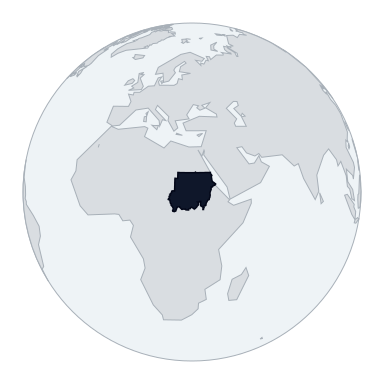 globe centered on Sudan
{"feature_id": "SDN", "entity_name": "Sudan", "entity_type": "country or territory", "adm_level": 0, "iso_a3": "SDN", "parent_name": "Africa", "parent_adm1": "", "projection": "orthographic", "projection_center": [30.131, 15.434], "detail": "fine", "context": "on_globe", "style": "filled", "palette": "ink", "viewbox_px": 384, "rotation_deg": 0, "n_neighbors": 0, "source": "natural_earth", "source_scale": "50m", "svg_char_len": 12848}
<svg xmlns="http://www.w3.org/2000/svg" viewBox="0 0 384 384"><circle cx="192" cy="192" r="169" fill="#eef3f6" stroke="#a8b0b8"/><path d="M145.1,29.7L143.9,30.0L143.2,30.3L139.4,31.5L142.2,30.8L145.8,29.7L148.2,29.2L148.2,29.4L143.3,30.8L142.6,30.9L141.1,31.4L138.7,32.1L139.8,31.9L133.9,33.8L139.6,32.4L134.7,34.3L130.9,35.5L131.5,34.8L126.3,36.4L145.1,29.7ZM104.2,47.6L102.7,48.6L100.1,50.2L104.2,47.6ZM93.0,55.0L92.6,55.4L94.7,53.9L100.2,50.3L102.7,49.0L109.1,45.2L111.1,44.4L117.5,41.2L116.1,42.6L111.4,45.8L106.0,48.7L103.8,50.4L108.7,48.6L98.4,55.6L91.2,63.4L88.6,65.4L83.9,66.7L84.6,63.5L78.6,67.2L82.1,66.0L75.5,71.9L74.3,73.6L74.4,74.2L76.8,72.5L74.5,75.0L70.1,76.7L72.1,74.4L73.5,73.7L73.8,72.5L70.8,74.6L67.7,77.9L66.8,78.5L79.3,66.1L93.0,55.0ZM26.2,159.5L26.1,160.2L25.7,161.9L24.1,177.2L25.4,186.7L25.6,194.8L25.2,198.5L26.3,201.4L26.3,204.3L33.3,215.4L39.1,226.2L40.4,236.1L38.5,244.6L43.7,266.4L42.2,269.2L46.5,277.7L48.5,281.3L42.3,270.2L36.8,258.8L32.2,247.0L28.6,234.8L25.8,222.5L24.0,209.9L23.1,197.3L23.2,184.6L24.2,172.0L26.2,159.5ZM117.7,40.8L117.6,41.0L116.5,41.5L117.7,40.8ZM120.7,39.3L119.5,39.7L120.7,39.1L121.4,38.9L120.7,39.3ZM121.8,39.1L123.0,38.0L125.1,37.0L129.6,35.4L121.8,39.1ZM147.0,29.3L143.1,30.5L146.4,29.4L147.0,29.3ZM164.8,25.3L164.4,25.4L160.2,26.2L156.6,26.8L159.2,26.5L148.5,28.8L151.7,27.9L164.8,25.3ZM149.5,28.9L150.3,28.5L155.3,27.4L154.5,28.0L153.1,28.1L149.5,28.9ZM171.0,24.3L172.7,24.2L164.9,25.3L165.9,25.1L171.0,24.3ZM152.0,28.5L154.0,28.4L151.6,29.2L149.0,29.2L152.0,28.5ZM156.9,26.9L159.2,26.5L157.7,26.9L156.9,26.9ZM144.1,32.7L145.0,31.9L147.7,31.2L144.1,32.7ZM154.9,28.3L155.7,28.0L156.9,27.7L157.7,27.8L154.9,28.3ZM165.8,25.3L165.3,25.5L169.1,24.8L169.6,25.0L164.3,25.8L166.9,25.5L167.0,25.6L162.5,26.2L165.8,25.3ZM162.0,27.2L155.4,28.8L153.1,30.1L150.7,30.7L154.8,28.5L162.0,27.2ZM162.7,26.5L161.7,27.0L159.1,27.4L158.2,27.2L162.7,26.5ZM172.0,24.9L172.4,24.4L173.6,24.3L172.0,24.9ZM161.8,27.5L163.4,27.1L162.0,27.5L161.8,27.5ZM169.4,25.5L169.4,25.3L170.7,25.2L169.4,25.5ZM166.6,26.8L164.4,27.2L163.8,27.0L166.6,26.8ZM168.3,26.1L170.1,26.0L164.8,26.7L168.1,26.0L168.3,26.1ZM170.6,25.4L171.4,25.3L170.4,25.6L170.6,25.4ZM170.4,27.3L163.9,28.3L162.4,27.8L168.9,26.9L170.4,27.3ZM268.5,41.4L272.6,43.6L286.2,52.3L285.0,51.0L288.0,53.0L306.1,67.4L320.8,83.4L325.5,88.6L328.6,92.7L330.6,95.9L326.2,90.0L324.5,88.7L321.7,85.2L323.5,89.2L319.6,84.4L322.8,90.3L326.1,93.7L326.0,91.6L330.5,99.4L335.7,105.3L340.8,113.9L347.4,132.0L347.2,139.4L348.2,142.5L345.8,140.1L346.1,147.4L353.4,162.4L354.5,167.4L353.4,179.1L352.7,175.5L346.4,169.2L347.8,181.7L352.7,189.5L354.5,200.6L351.8,198.6L349.7,189.0L347.4,186.4L346.2,175.7L340.8,161.4L338.0,165.9L336.5,159.7L328.6,148.9L323.6,155.2L316.8,175.1L318.8,191.3L315.2,199.6L303.6,178.5L298.3,163.6L294.2,166.0L282.2,154.8L261.7,157.3L258.8,153.5L254.9,156.0L246.5,152.9L241.9,146.7L236.8,147.7L249.0,163.9L254.4,163.0L258.9,155.7L261.3,161.8L269.4,166.3L260.6,182.6L230.1,199.1L227.1,187.0L203.7,154.9L204.4,151.2L204.3,150.8L204.0,150.1L201.9,156.2L197.9,149.9L210.4,172.4L212.5,182.3L229.6,199.8L228.0,201.8L233.6,205.3L251.2,199.1L251.3,203.2L243.0,222.8L218.6,249.5L221.8,265.9L220.1,279.7L204.9,289.3L206.3,299.4L198.5,303.2L198.1,308.8L191.8,314.7L181.4,320.1L163.5,319.8L162.3,314.9L153.3,304.9L140.7,279.6L145.1,268.1L143.4,258.8L130.5,237.0L133.4,225.4L129.9,220.1L122.8,220.8L118.9,214.4L114.6,213.9L88.0,214.9L80.1,205.8L71.0,179.8L75.9,170.9L77.1,159.7L111.3,126.3L118.2,129.3L144.7,126.6L147.9,128.2L144.5,136.6L164.0,148.0L170.8,141.0L188.9,147.0L201.2,146.7L206.2,130.7L186.1,130.8L183.0,123.1L199.4,116.3L217.0,117.0L216.4,114.1L205.6,107.8L209.9,102.5L201.8,105.3L204.9,108.2L199.9,110.2L196.8,107.8L198.5,105.8L193.3,104.6L186.7,114.9L189.1,118.9L175.2,120.8L177.8,127.9L173.9,131.2L168.0,120.5L168.8,116.6L157.5,105.4L155.4,109.5L165.9,120.6L162.5,119.7L159.7,126.1L159.1,120.5L148.2,108.1L135.9,110.0L119.6,125.2L112.6,126.0L106.9,122.2L113.4,106.2L128.5,106.4L131.0,101.5L128.5,94.1L133.3,95.0L134.1,92.3L139.8,92.3L148.4,86.2L154.4,85.8L158.2,77.9L161.8,76.9L158.5,81.7L159.4,85.2L174.1,85.3L177.1,83.6L178.5,78.7L182.4,79.7L181.8,75.0L190.5,73.4L179.3,71.7L180.6,66.7L186.1,63.1L184.5,61.4L175.5,67.3L173.8,70.1L175.4,72.8L168.8,81.1L163.6,82.4L163.0,73.2L155.5,74.3L158.3,67.4L180.9,54.4L190.1,52.3L204.3,58.5L201.9,61.3L195.6,60.3L200.9,65.5L200.7,63.0L203.9,64.1L206.0,60.2L208.4,60.8L206.2,56.4L209.4,56.7L210.7,59.6L216.4,55.0L223.1,55.1L223.2,53.9L221.5,52.5L231.1,54.0L230.8,53.1L227.5,52.1L224.7,49.7L223.6,46.3L227.0,47.0L227.8,48.3L234.8,52.6L236.7,56.4L237.9,56.5L237.2,53.3L228.6,48.1L227.0,45.9L231.4,47.9L229.7,47.0L229.9,46.1L233.3,46.1L228.6,43.8L226.6,35.5L233.1,35.2L237.3,37.6L239.5,34.3L246.6,35.3L243.5,34.3L242.5,32.7L240.3,32.3L238.7,31.8L235.1,28.9L236.9,29.2L233.9,28.3L245.8,31.8L257.3,36.2L268.5,41.4ZM99.3,144.1L98.2,147.4L99.3,144.1ZM235.7,126.3L246.3,126.3L241.5,116.8L245.1,116.1L242.2,113.3L241.1,116.1L233.8,108.5L238.3,105.5L237.0,101.5L233.4,101.4L226.3,108.3L236.7,118.9L234.3,123.1L235.7,126.3ZM26.1,160.2L25.7,162.6L25.8,161.9L26.1,160.2ZM75.8,71.8L76.1,71.7L75.7,72.8L74.7,73.3L75.8,71.8ZM80.7,73.1L76.8,77.2L78.9,74.4L76.9,75.5L78.7,71.4L87.4,66.3L83.1,69.1L80.7,73.1ZM83.6,65.1L81.4,67.9L83.5,65.1L83.6,65.1ZM132.9,78.7L134.7,80.5L132.2,83.4L124.7,85.2L128.2,80.8L132.9,78.7ZM137.8,82.4L139.2,73.5L143.9,72.5L141.0,74.5L144.0,74.7L140.2,78.1L143.3,86.3L141.3,89.6L128.5,90.3L133.8,88.0L131.7,86.2L137.8,82.4ZM134.5,57.1L135.2,54.5L144.6,55.5L142.9,57.9L135.3,59.5L132.8,57.6L134.5,57.1ZM129.5,37.0L129.2,36.8L130.5,36.3L131.9,36.1L129.5,37.0ZM144.3,32.3L132.4,37.8L131.4,37.7L125.6,41.6L120.8,43.1L124.7,40.3L116.6,44.7L118.2,42.9L113.0,46.0L122.2,39.8L123.3,38.7L123.9,39.3L128.4,37.9L130.6,37.0L137.8,33.8L142.4,31.3L147.5,30.0L149.9,29.7L149.6,30.1L146.4,30.7L148.3,30.8L143.4,32.1L144.3,32.3ZM175.4,34.0L171.7,33.5L174.8,36.0L169.9,36.4L170.5,36.7L166.8,37.9L163.5,40.0L161.3,40.0L160.9,40.9L158.5,41.8L157.2,43.1L152.9,43.6L151.0,45.3L150.0,44.7L148.0,47.5L147.6,45.7L144.3,47.1L146.5,48.1L126.1,50.3L117.9,53.3L111.2,57.2L111.4,54.2L117.7,48.9L126.8,43.7L134.7,41.4L133.4,40.8L136.8,39.6L136.4,40.6L139.0,38.4L141.6,37.8L149.8,34.6L151.8,32.3L154.8,31.3L155.3,31.9L158.0,30.5L161.1,31.1L163.3,30.5L168.6,30.7L168.4,32.6L170.9,31.8L175.0,32.2L175.4,34.0ZM171.7,27.4L172.6,29.1L170.3,30.3L162.1,29.5L159.6,30.0L154.2,30.1L157.6,28.5L158.9,28.5L160.8,28.3L159.0,28.9L162.0,28.2L163.7,28.4L166.5,28.0L166.0,28.6L171.7,27.4ZM151.9,125.2L154.4,125.6L158.5,125.4L156.8,129.7L151.9,125.2ZM144.3,116.8L146.6,116.3L146.2,121.8L143.6,121.5L144.3,116.8ZM148.2,111.7L146.8,115.9L146.0,113.4L148.2,111.7ZM160.7,81.2L163.3,80.7L163.4,81.8L161.8,83.6L160.7,81.2ZM183.3,43.4L181.6,42.5L182.4,42.1L181.8,39.4L185.4,39.1L187.2,40.7L183.3,43.4ZM202.6,133.4L198.9,136.6L197.1,135.1L198.8,134.3L202.6,133.4ZM176.6,133.2L182.4,135.3L176.1,134.4L176.6,133.2ZM187.1,42.7L186.4,41.6L188.7,42.2L187.1,42.7ZM188.0,38.9L190.6,39.3L185.7,38.8L188.0,38.9ZM262.0,337.4L262.4,338.5L260.1,339.0L262.0,337.4ZM248.7,275.5L236.7,299.7L228.8,300.4L227.6,293.7L232.1,279.3L241.4,274.5L246.0,267.5L248.7,275.5ZM358.8,219.1L358.6,220.2L358.9,218.3L358.9,218.0L358.8,219.1ZM358.7,219.1L355.8,223.2L354.2,222.8L355.0,219.6L357.6,217.6L358.7,219.1ZM354.9,219.7L351.8,214.4L344.6,195.2L347.3,194.3L354.2,204.3L353.8,206.9L355.7,211.6L354.9,219.7ZM360.6,199.0L360.1,206.5L359.0,208.2L358.2,208.1L357.8,199.5L358.0,194.5L358.8,193.7L359.5,174.7L360.2,177.4L360.5,185.0L360.9,190.3L360.6,199.0ZM319.6,192.7L323.4,201.4L321.1,203.7L319.6,192.7ZM358.1,162.5L358.9,170.6L357.6,160.4L358.1,162.5ZM356.3,153.4L357.1,156.7L356.3,153.9L356.3,153.4ZM349.7,147.1L349.0,148.8L348.2,146.4L348.6,142.9L349.7,147.1ZM344.7,121.4L347.7,128.2L348.7,130.6L346.9,126.9L344.7,121.4ZM216.8,42.2L213.7,45.9L213.9,49.1L217.7,51.4L211.0,50.0L210.7,45.1L216.8,42.2ZM225.1,36.1L221.7,34.5L224.0,34.5L225.1,34.9L225.1,36.1ZM222.5,35.6L216.8,35.1L215.4,33.8L220.2,34.4L222.5,35.6ZM202.0,38.0L200.8,39.0L199.0,38.4L202.0,38.0ZM360.5,204.1L360.7,201.0L361.0,191.8L360.9,189.9L361.0,191.3L360.5,204.1ZM359.5,169.8L359.5,170.2L359.5,169.5L359.5,169.8ZM358.3,161.9L358.4,162.8L358.0,160.8L358.3,161.9ZM358.1,161.0L357.3,157.1L358.1,161.0ZM356.5,153.5L356.0,152.6L352.2,139.9L352.1,138.8L355.1,148.5L356.4,153.0L356.5,153.5ZM333.0,98.9L331.4,96.5L328.9,93.0L333.0,98.9ZM286.4,51.9L285.9,51.5L282.9,49.6L283.1,49.7L286.4,51.9ZM237.5,31.6L235.6,30.9L236.8,30.9L237.5,31.6ZM230.9,29.1L230.9,29.5L229.4,28.7L230.9,29.1ZM231.1,30.7L230.2,29.5L233.1,31.2L231.1,30.7Z" fill="#d9dde1" stroke="#a8b0b8" stroke-width="1"/><path d="M203.5,209.5L202.9,209.5L202.9,209.4L202.9,209.2L202.9,208.7L203.1,208.4L203.1,208.2L203.1,207.9L203.1,207.7L203.0,207.4L202.9,207.3L201.6,206.3L201.4,206.0L200.7,205.8L200.7,205.7L200.8,205.5L200.8,205.4L200.5,203.3L200.5,203.2L200.7,202.6L200.7,202.2L200.8,201.7L200.8,201.4L199.5,201.4L199.5,201.5L199.4,201.6L199.5,201.7L199.5,201.8L199.5,202.0L197.6,202.1L198.4,202.9L198.4,203.0L198.4,203.3L198.4,203.8L198.4,204.1L198.4,204.3L198.6,204.7L198.6,204.8L197.2,206.0L197.0,206.6L196.8,206.9L196.7,206.9L196.4,207.3L195.2,208.6L194.4,208.7L194.0,208.7L193.9,208.7L193.9,208.8L193.0,208.1L191.6,207.2L191.5,207.3L190.7,207.6L190.5,207.8L190.5,208.2L190.3,208.4L190.1,208.7L189.4,208.8L189.1,208.9L188.7,209.1L188.5,209.3L188.2,209.6L188.2,209.8L188.3,210.0L185.9,209.9L185.5,209.1L185.2,209.2L183.1,209.1L182.8,209.1L182.2,209.4L181.9,209.4L181.6,209.3L180.5,208.0L180.3,207.8L180.2,207.8L180.0,207.5L179.8,207.4L179.7,207.3L179.7,207.1L179.7,206.9L179.6,206.7L179.4,206.6L178.0,206.9L177.7,206.9L177.4,206.9L177.3,207.0L177.2,207.1L177.2,207.3L177.2,207.5L177.0,207.9L176.6,208.3L176.5,208.5L176.5,209.0L176.4,209.3L176.2,209.5L176.1,210.1L175.8,210.6L175.8,211.0L175.7,211.1L175.0,211.2L174.8,211.4L174.6,211.6L174.3,211.6L173.9,211.5L173.2,211.4L172.8,211.2L172.9,210.8L172.8,210.7L172.7,210.7L172.6,210.3L173.0,209.9L173.1,209.6L173.2,208.8L173.2,208.6L173.2,208.2L172.9,207.6L172.7,207.2L172.3,206.5L172.1,206.3L171.3,205.4L171.2,205.3L171.0,204.9L171.1,204.6L171.2,204.2L171.3,203.9L171.2,203.7L170.8,203.5L170.7,203.4L170.4,203.2L170.2,202.7L170.3,201.8L170.2,201.6L170.0,201.3L169.9,200.8L169.8,200.4L169.9,200.1L169.7,199.8L169.4,199.6L169.0,199.6L168.7,199.7L168.3,199.6L168.2,199.5L168.2,199.3L168.3,199.1L168.5,198.7L168.7,198.4L169.2,198.1L169.3,198.0L169.4,197.8L169.4,197.6L169.4,197.4L169.3,197.2L169.2,196.9L169.1,196.6L169.1,196.4L169.2,196.2L169.3,196.1L169.6,195.9L169.8,195.7L170.3,195.5L170.4,195.4L170.3,195.2L170.2,195.1L170.1,194.8L170.1,194.5L170.0,194.3L169.9,194.2L170.1,194.1L170.4,193.9L170.7,193.8L170.8,193.7L170.8,193.4L170.9,193.2L171.1,192.9L171.4,192.6L171.6,192.5L171.7,192.2L171.6,191.4L171.8,191.1L172.1,190.9L172.5,190.9L173.1,190.9L173.5,190.8L173.8,190.8L174.5,191.0L174.5,190.9L174.6,190.7L174.6,190.3L174.6,189.0L174.7,187.7L174.7,186.4L174.8,185.0L174.8,183.7L174.8,182.4L174.9,181.1L174.9,179.8L174.9,179.4L175.0,179.1L175.0,178.7L175.0,178.3L175.7,178.3L176.3,178.4L177.0,178.4L177.7,178.4L177.8,176.9L177.8,175.4L177.9,174.0L177.9,172.5L179.0,172.5L180.0,172.6L181.1,172.6L182.1,172.6L183.1,172.6L184.2,172.6L185.2,172.7L186.3,172.7L187.3,172.7L188.4,172.7L189.4,172.7L190.5,172.7L191.5,172.7L192.5,172.7L193.6,172.7L194.6,172.7L194.9,172.7L195.1,172.7L195.4,172.1L195.5,172.1L195.6,172.4L195.6,172.7L196.1,172.7L197.0,172.7L197.9,172.7L198.8,172.7L199.7,172.6L200.6,172.6L201.5,172.6L202.3,172.6L203.2,172.6L204.1,172.6L205.0,172.5L205.9,172.5L206.8,172.5L207.7,172.5L208.6,172.5L209.5,172.4L210.4,172.4L210.4,173.1L210.6,173.6L211.0,174.3L211.4,174.7L211.6,175.0L211.3,175.0L211.3,175.4L211.3,175.6L211.4,176.1L211.5,176.6L211.5,177.1L211.5,177.9L211.7,178.8L211.7,179.5L212.1,180.9L212.4,181.7L212.6,181.9L212.8,182.0L213.2,182.0L213.7,182.4L214.2,182.8L214.3,183.0L214.5,183.3L214.7,183.2L214.9,183.4L215.6,183.8L215.7,184.0L215.2,184.5L215.1,184.8L214.9,185.1L214.7,185.3L214.3,185.4L214.1,185.4L213.9,185.5L213.7,185.6L213.3,185.8L213.1,185.9L212.9,186.0L212.7,186.2L212.6,186.7L212.5,186.9L212.3,186.9L212.0,186.9L211.8,186.9L211.5,186.9L211.3,186.9L211.3,187.0L211.3,187.5L211.2,187.9L211.0,188.2L211.1,188.7L211.2,189.2L210.9,189.9L210.9,190.1L210.7,190.6L210.5,190.9L210.3,191.9L210.1,192.3L209.9,192.6L210.0,193.2L210.0,193.8L210.1,194.4L210.2,195.2L210.0,196.0L210.0,196.4L209.9,197.1L209.8,197.4L209.7,197.5L209.4,198.1L209.3,198.7L209.2,199.2L209.2,199.5L208.8,199.8L208.3,199.9L208.1,200.0L207.9,200.1L207.7,200.3L207.3,201.0L207.1,201.5L206.8,202.1L206.4,202.5L206.2,203.1L206.1,203.7L206.0,204.1L206.0,204.4L205.9,205.0L205.9,205.3L205.7,205.5L205.4,205.7L205.1,205.5L204.9,205.3L204.7,205.4L204.4,205.6L204.2,205.9L204.0,206.3L204.1,207.1L204.1,207.3L204.1,207.5L203.8,208.1L203.7,208.3L203.6,208.7L203.5,209.3L203.5,209.5Z" fill="#0f172a" stroke="#020617" stroke-width="1.5"/></svg>